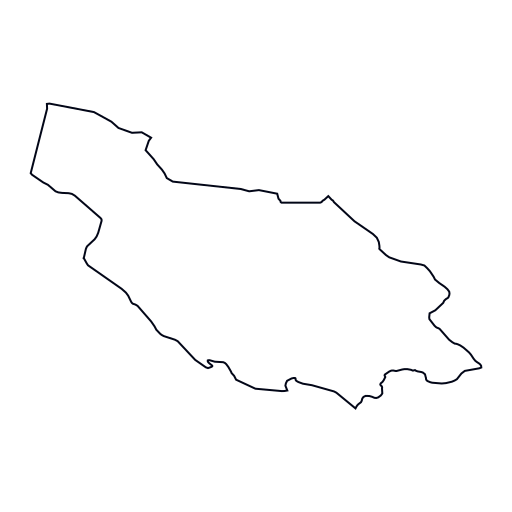 Dalarna, Natural Earth projection
{"feature_id": "SWE-181", "entity_name": "Dalarna", "entity_type": "County", "adm_level": 1, "iso_a3": "SWE", "parent_name": "Sweden", "parent_adm1": "", "projection": "natural_earth1", "projection_center": [14.891, 61.079], "detail": "fine", "context": "isolated", "style": "outline", "palette": "ink", "viewbox_px": 512, "rotation_deg": 0, "n_neighbors": 0, "source": "natural_earth", "source_scale": "10m", "svg_char_len": 2920}
<svg xmlns="http://www.w3.org/2000/svg" viewBox="0 0 512 512"><path d="M83.6,258.1L83.9,257.6L85.9,248.9L86.6,247.2L87.3,246.1L94.6,239.3L96.6,236.5L98.2,232.8L101.6,220.8L101.5,219.3L100.6,218.1L74.9,195.7L71.9,193.9L68.7,193.2L62.0,192.9L58.3,192.4L55.5,191.3L47.9,184.8L43.3,182.5L32.1,174.8L30.7,173.2L38.9,140.9L47.1,108.7L46.9,103.9L49.5,103.6L94.0,112.1L111.4,121.7L118.5,128.0L132.0,132.8L141.7,132.3L151.1,137.7L148.8,140.8L145.6,150.2L153.6,159.1L157.2,164.4L161.9,169.6L164.6,173.5L166.8,178.1L172.8,181.6L240.7,189.0L249.2,191.3L258.9,190.1L277.2,193.7L278.5,198.7L280.4,200.8L280.7,202.1L281.6,202.7L320.0,202.7L321.5,202.1L322.7,200.7L324.4,199.7L328.3,196.1L331.6,199.7L333.0,200.6L334.0,202.2L354.5,221.3L372.9,234.0L376.8,237.7L378.8,242.0L379.4,245.8L379.5,247.7L379.3,248.6L379.5,249.1L385.9,255.0L389.2,257.3L400.9,261.5L420.9,264.5L424.4,265.5L427.2,268.2L429.9,271.2L433.6,276.7L435.0,279.5L439.2,283.0L444.6,286.7L447.4,289.2L449.2,291.6L449.5,293.4L449.3,295.0L448.4,297.3L447.9,297.9L445.9,299.1L444.2,300.7L443.2,302.9L435.3,310.3L429.6,313.3L429.2,317.3L429.4,319.1L434.5,325.7L436.0,327.1L437.2,327.8L438.4,328.2L439.1,328.6L439.7,329.0L449.1,339.7L452.3,342.2L454.7,343.6L456.3,343.8L457.8,344.3L460.2,345.4L463.5,347.6L469.0,352.4L470.9,354.6L473.6,358.7L475.3,360.8L477.0,362.1L479.0,363.4L480.1,364.3L481.1,365.7L481.3,367.5L479.3,368.3L464.8,370.9L461.4,373.5L456.9,379.2L454.5,380.6L451.9,381.7L446.0,383.1L441.7,383.5L432.1,382.7L430.2,382.2L427.4,381.0L426.4,380.0L426.0,379.0L426.0,378.0L425.7,377.1L425.0,374.3L422.8,372.5L421.2,372.0L417.7,371.4L416.0,370.8L415.0,370.1L412.9,370.6L410.9,369.8L407.2,369.1L404.6,369.1L402.2,369.5L396.5,371.0L395.7,371.0L393.2,370.5L391.3,370.6L389.3,371.5L384.8,374.6L384.6,375.6L385.0,376.3L385.3,377.0L383.7,380.2L382.5,381.9L380.7,383.4L380.3,384.4L380.7,385.4L381.8,386.3L382.1,387.3L382.1,387.9L382.0,388.4L382.3,393.4L381.8,394.2L380.8,395.5L378.2,397.4L376.2,398.0L374.4,397.8L372.1,396.8L369.3,396.0L365.6,395.9L363.5,396.9L362.3,398.5L361.7,400.8L361.0,402.2L358.5,404.1L357.4,405.2L356.5,406.5L355.5,408.4L336.9,393.1L335.9,392.4L333.9,391.4L311.9,385.2L302.9,383.7L298.3,382.0L296.4,380.9L295.8,380.2L295.6,379.5L295.5,378.9L295.5,378.4L295.0,378.0L293.5,378.0L291.5,378.5L287.1,380.8L285.9,383.3L285.4,385.7L287.3,390.5L284.5,391.0L281.9,391.1L255.4,388.7L236.1,379.7L234.1,375.8L231.6,373.1L231.0,371.6L228.3,366.9L226.2,364.1L224.8,362.9L223.2,362.2L214.8,361.7L209.6,360.2L208.7,360.2L207.8,360.4L207.7,361.1L208.2,362.2L209.3,363.3L212.2,365.6L212.3,366.1L211.8,366.7L210.1,367.4L208.0,368.1L205.8,367.3L195.2,359.9L177.7,341.2L174.9,339.7L163.8,336.1L161.6,334.9L160.2,333.8L156.2,329.6L156.1,329.3L154.5,326.3L151.1,321.4L137.6,305.9L136.0,304.9L134.7,304.3L133.0,303.8L132.0,303.0L131.2,301.9L128.2,295.7L125.9,292.6L121.6,288.8L88.0,265.3L86.8,263.5L84.0,258.5L83.6,258.1Z" fill="none" stroke="#020617" stroke-width="2"/></svg>